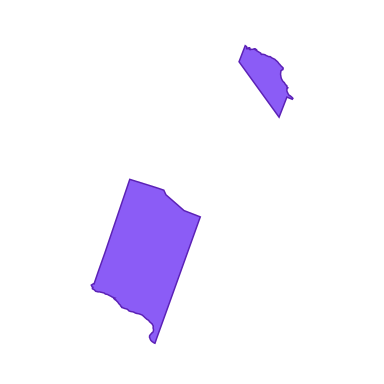 Doomadgee, Queensland, Australia, rotated 17°
{"feature_id": "25037944B37268575436611", "entity_name": "Doomadgee", "entity_type": "district", "adm_level": 2, "iso_a3": "AUS", "parent_name": "Australia", "parent_adm1": "Queensland", "projection": "orthographic", "projection_center": [138.852, -17.447], "detail": "fine", "context": "isolated", "style": "filled", "palette": "violet", "viewbox_px": 384, "rotation_deg": 17, "n_neighbors": 0, "source": "geoboundaries", "source_scale": "gbopen_adm2", "svg_char_len": 4366}
<svg xmlns="http://www.w3.org/2000/svg" viewBox="0 0 384 384"><g transform="rotate(17 192 192)"><path d="M200.8,347.5L201.0,342.0L203.1,299.1L207.2,213.4L189.8,212.1L167.9,202.3L164.5,198.5L158.4,198.3L128.8,198.1L126.5,275.7L125.6,295.9L125.2,308.5L124.6,308.5L122.9,310.5L124.4,312.1L125.1,312.1L125.0,313.6L125.3,313.7L125.6,313.8L126.1,313.9L126.4,313.9L126.9,314.0L127.2,314.2L127.7,314.4L128.0,314.5L128.5,314.9L128.9,315.1L129.3,315.1L129.6,315.1L129.9,315.0L130.2,315.0L130.5,315.0L131.0,315.0L131.4,315.0L131.9,314.8L132.3,314.7L132.9,314.5L133.5,314.5L134.2,314.5L134.8,314.4L135.8,314.4L136.6,314.3L137.3,314.3L137.7,314.4L138.0,314.4L138.6,314.8L139.2,314.9L140.1,314.8L140.7,314.7L141.4,314.7L142.0,314.9L142.6,315.0L143.2,315.1L143.8,315.2L144.3,315.3L145.0,315.4L145.4,315.5L145.8,315.6L146.3,315.8L146.9,315.8L147.2,315.8L147.7,315.9L148.0,316.0L148.4,316.0L148.1,316.2L148.0,316.4L148.3,316.7L148.9,317.0L149.4,317.2L149.9,317.5L150.2,317.6L150.0,317.3L150.0,317.0L150.3,317.1L150.8,317.5L151.2,317.9L151.6,318.1L152.0,318.4L152.4,318.6L152.8,318.7L153.3,319.1L154.0,319.6L154.3,319.9L154.7,320.2L155.1,320.4L155.8,320.8L156.1,320.9L156.5,321.1L156.8,321.4L156.9,321.7L157.3,322.0L157.9,322.2L158.2,322.3L158.4,322.4L158.5,322.7L158.5,322.9L158.8,323.0L159.2,323.0L159.5,322.9L160.0,322.9L160.3,323.0L160.9,323.0L161.8,323.1L162.6,323.0L163.3,323.0L164.0,323.0L164.6,323.1L165.2,323.4L165.6,323.6L166.1,324.0L166.7,324.1L167.6,324.2L168.4,324.2L169.2,324.1L169.7,324.0L170.6,323.9L171.3,323.9L171.8,324.0L172.4,324.1L173.0,324.3L173.5,324.3L174.1,324.3L174.8,324.3L175.3,324.2L176.1,324.1L176.9,324.0L177.5,324.0L178.4,324.1L179.1,324.1L179.8,324.2L180.6,324.3L181.2,324.6L181.6,324.8L182.2,325.1L182.5,325.2L182.9,325.4L183.4,325.7L183.6,325.8L183.8,325.9L184.1,326.0L184.5,326.2L185.2,326.5L186.0,326.9L186.6,327.0L186.9,327.1L187.2,327.2L187.5,327.3L187.9,327.4L188.3,327.6L188.5,327.8L188.9,328.0L189.1,328.2L189.2,328.4L189.9,328.7L190.4,328.9L190.8,329.1L191.0,329.2L191.6,329.5L192.1,329.7L192.4,329.8L192.6,329.9L192.7,330.2L192.8,330.3L193.0,330.5L193.5,330.8L194.0,331.3L194.2,331.6L194.2,332.1L194.3,332.2L194.3,332.4L194.4,332.6L194.5,332.9L194.5,333.2L194.5,333.4L194.8,333.8L195.0,334.1L195.2,334.4L195.4,334.8L195.4,335.0L195.5,335.2L195.6,335.6L195.7,336.3L195.7,336.8L195.6,337.2L195.5,337.7L195.2,338.0L194.9,338.2L194.8,338.7L194.6,339.2L194.1,340.0L193.8,340.8L193.5,341.8L193.5,342.3L193.7,342.6L193.8,343.0L193.8,343.3L194.0,343.6L194.4,344.0L194.7,344.4L195.0,344.8L195.2,345.1L195.5,345.4L195.8,345.7L196.2,346.0L196.9,346.4L197.3,346.6L197.8,346.8L198.3,346.9L198.7,347.1L199.3,347.2L199.8,347.4L200.4,347.5L200.8,347.5ZM261.1,72.9L259.5,72.0L257.5,71.2L256.9,71.3L256.5,71.1L256.4,70.9L256.2,70.8L256.0,70.6L255.7,70.4L255.4,70.2L255.2,70.0L255.1,69.9L255.0,69.7L254.9,69.6L254.7,69.4L254.5,69.2L254.3,69.0L253.5,68.1L253.1,67.3L252.9,66.9L252.8,66.1L252.8,65.7L252.5,65.2L253.2,64.5L253.2,64.3L252.7,64.3L252.2,63.7L251.9,63.6L251.7,63.3L251.5,63.1L251.4,62.9L251.6,62.7L251.4,62.5L250.9,62.4L249.6,61.6L248.3,60.4L248.0,60.2L247.5,60.1L246.8,59.7L246.0,59.1L244.5,57.6L243.9,56.8L243.2,55.5L243.0,55.0L242.5,54.1L242.2,53.3L242.1,52.8L242.1,52.6L242.0,52.4L241.8,51.0L241.7,50.8L241.6,50.1L241.9,49.8L242.3,49.0L242.7,48.8L243.1,48.4L243.1,48.2L242.8,48.2L242.9,47.4L243.0,47.0L242.7,46.6L240.1,45.3L238.6,44.3L237.4,43.7L236.6,43.0L235.3,42.2L234.4,41.9L234.2,41.7L233.7,41.6L233.2,41.3L232.7,41.0L232.0,40.8L231.7,40.8L230.9,40.6L230.0,40.6L229.0,40.3L228.7,40.2L227.2,39.7L226.9,39.8L226.5,39.9L226.3,39.9L226.1,40.1L224.7,40.0L223.6,39.8L222.8,39.8L222.2,39.5L221.0,39.4L220.4,39.5L219.9,39.5L219.5,39.6L218.8,39.7L218.6,39.8L218.5,40.1L218.4,40.1L218.2,40.1L218.0,39.9L217.4,39.7L217.3,39.3L217.1,39.1L216.7,39.0L215.8,38.8L215.3,38.7L213.4,38.2L212.9,38.0L212.4,37.9L211.5,37.5L210.6,37.4L210.5,37.2L210.9,37.1L212.0,37.5L212.3,37.3L212.2,37.1L211.3,36.9L210.8,36.6L209.9,36.7L209.5,36.9L208.7,37.7L207.1,38.2L206.3,38.8L205.9,38.9L205.2,38.8L204.6,38.4L204.6,38.1L204.8,37.9L205.4,38.0L205.5,37.8L205.2,37.4L204.9,37.2L204.5,37.3L204.2,37.4L203.7,37.9L203.6,38.4L203.4,38.6L203.1,38.4L202.8,38.9L202.7,39.0L202.4,39.0L202.2,38.8L202.3,38.1L202.3,37.9L201.8,37.2L201.6,37.0L200.1,36.5L198.9,53.7L203.5,57.2L253.4,95.0L255.0,73.5L260.8,74.0L261.1,72.9Z" fill="#8b5cf6" stroke="#5b21b6" stroke-width="1.5"/></g></svg>